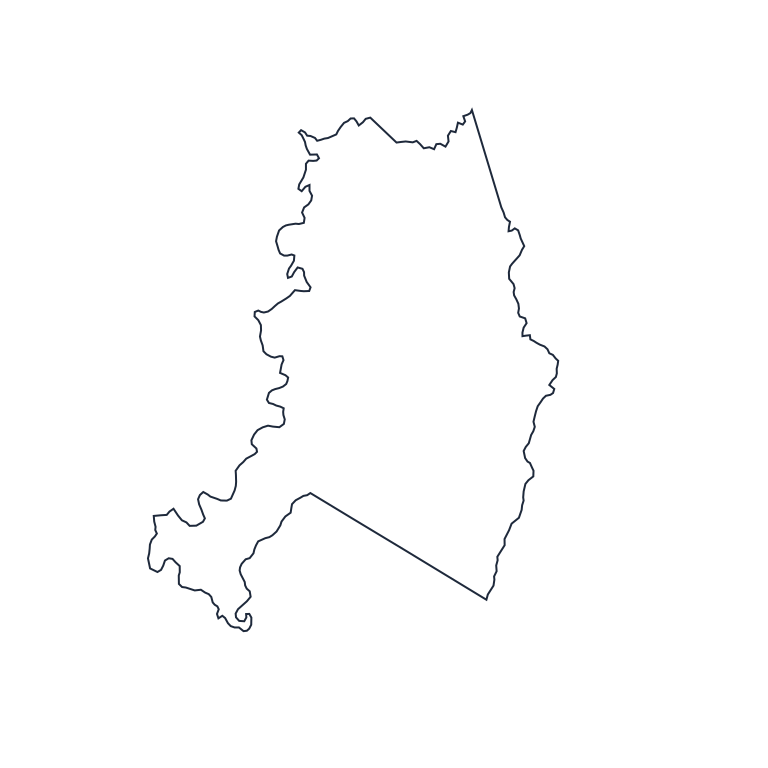 outline of Uirapuru, Goiás, Brazil, rotated 206°
{"feature_id": "56859067B35943950615068", "entity_name": "Uirapuru", "entity_type": "district", "adm_level": 2, "iso_a3": "BRA", "parent_name": "Brazil", "parent_adm1": "Goiás", "projection": "robinson", "projection_center": [-49.926, -14.136], "detail": "fine", "context": "isolated", "style": "outline", "palette": "slate", "viewbox_px": 768, "rotation_deg": 206, "n_neighbors": 0, "source": "geoboundaries", "source_scale": "gbopen_adm2", "svg_char_len": 4736}
<svg xmlns="http://www.w3.org/2000/svg" viewBox="0 0 768 768"><g transform="rotate(206 384 384)"><path d="M410.6,134.3L413.8,138.8L417.7,139.9L420.5,142.1L422.4,145.0L429.4,150.2L432.0,153.1L433.0,156.1L433.1,160.0L431.5,165.8L428.4,168.6L427.1,174.6L428.0,178.5L428.3,182.9L428.1,187.4L423.1,193.4L419.9,196.1L418.0,199.1L415.9,204.3L415.2,211.5L415.8,215.4L414.6,221.7L411.5,227.4L412.9,231.9L414.0,235.7L412.4,240.8L409.2,245.3L407.4,248.1L404.3,250.4L402.4,253.7L350.8,249.0L293.4,243.9L197.4,235.0L198.4,240.3L197.2,250.8L199.0,256.5L200.7,259.3L200.7,265.1L203.6,270.1L204.6,275.4L206.4,278.4L205.8,283.9L204.9,292.0L207.7,297.5L207.5,307.4L208.1,314.4L204.1,322.9L205.1,331.2L206.7,335.6L207.4,340.4L209.2,343.1L211.4,348.7L213.1,356.2L212.0,360.9L209.3,366.4L211.6,371.6L214.5,373.9L218.2,377.0L221.0,377.2L224.7,379.3L229.1,385.0L229.0,389.6L227.9,394.2L229.4,402.7L229.1,407.0L229.7,411.6L233.1,415.6L234.2,420.4L235.4,426.1L236.1,431.4L235.3,436.2L234.7,440.6L233.3,444.4L229.7,447.2L228.1,450.0L228.8,454.2L232.0,454.9L235.0,455.6L234.2,461.4L232.6,465.6L233.3,469.3L235.5,473.4L236.4,477.5L237.6,481.2L240.9,482.2L245.0,484.2L248.9,484.1L252.3,486.9L256.2,488.1L261.2,487.7L265.1,487.9L268.2,488.3L272.0,488.3L274.3,491.8L277.6,489.7L280.5,487.7L282.1,490.9L283.2,495.9L282.5,501.2L285.9,504.9L291.6,504.2L294.6,506.8L295.8,511.0L298.4,515.0L302.3,518.2L305.9,520.7L307.8,523.5L308.6,527.4L311.4,530.6L317.6,533.4L320.7,539.0L322.2,544.9L321.6,548.2L318.5,559.1L318.8,565.1L318.4,569.4L324.9,574.7L327.2,577.3L330.8,580.9L334.7,581.2L336.4,577.9L339.0,575.9L340.5,579.8L341.9,585.1L345.1,585.5L348.3,586.9L351.7,590.6L356.0,594.2L425.1,668.8L425.1,665.4L426.9,662.7L430.1,659.5L426.2,655.6L426.9,651.7L432.1,651.3L430.9,646.2L430.1,641.7L434.8,640.7L435.4,635.2L432.3,630.3L432.8,624.3L438.7,624.6L442.1,622.5L441.9,617.0L447.0,616.7L451.6,613.3L456.7,615.4L461.3,616.8L464.1,613.8L467.3,612.7L470.8,611.5L474.5,609.2L478.6,606.5L513.1,617.4L516.7,614.3L517.7,610.0L520.0,605.3L523.9,608.0L527.4,609.6L530.4,608.0L531.8,604.4L534.4,601.2L535.6,596.0L536.3,591.3L536.3,587.4L542.2,580.5L545.2,578.4L547.7,575.9L550.7,573.3L553.9,574.9L558.8,574.7L561.9,573.5L565.3,575.5L569.8,575.8L570.8,572.6L567.1,571.6L563.7,569.0L561.1,566.9L559.0,564.1L556.4,561.5L551.0,557.7L544.9,560.9L541.4,558.4L542.5,555.3L545.4,553.5L549.7,551.7L550.7,547.7L548.1,542.4L547.0,534.3L547.7,526.3L546.5,521.9L542.5,521.2L541.1,526.8L538.2,530.2L535.6,524.9L531.2,521.7L529.9,517.1L530.7,512.3L533.2,507.7L532.8,502.2L528.2,498.5L526.7,493.7L530.6,490.5L533.8,489.3L536.8,487.2L539.4,485.4L541.7,483.5L543.7,480.8L545.6,476.0L544.8,469.4L543.6,465.0L540.0,461.1L537.5,458.3L534.6,455.8L530.1,455.6L527.1,457.1L523.8,459.9L520.9,460.2L519.0,455.3L519.4,449.5L520.0,446.1L519.2,440.4L516.8,437.3L514.0,440.2L513.8,445.2L512.7,450.9L507.8,451.8L504.9,449.5L503.3,446.4L498.2,441.8L492.4,438.7L492.0,434.8L496.8,432.2L499.7,431.1L505.2,429.3L507.2,421.9L509.3,418.1L512.5,413.0L514.6,410.0L516.3,406.1L517.8,402.2L520.0,398.3L523.3,395.6L526.1,394.9L529.2,394.9L531.7,392.1L530.0,388.0L525.0,386.3L520.5,383.0L518.0,378.3L516.3,372.3L513.8,369.2L510.0,365.5L506.7,360.6L502.7,359.2L497.6,359.0L493.8,359.8L490.1,363.2L487.5,364.3L484.8,361.4L484.6,356.7L482.3,348.4L476.4,348.7L473.0,347.8L472.1,344.3L471.9,341.1L473.7,337.4L476.4,334.4L479.6,331.7L481.9,329.2L483.5,325.6L482.4,318.6L479.1,316.5L475.0,317.4L471.4,317.4L467.3,318.2L463.5,318.2L462.4,314.7L460.8,312.0L457.7,308.7L456.5,304.2L459.1,299.3L465.2,297.0L470.0,295.7L474.0,291.9L477.4,287.1L478.6,281.6L478.5,275.3L476.4,271.9L470.4,270.1L468.4,267.4L469.5,264.3L471.9,260.9L475.1,256.5L476.3,252.1L478.2,247.6L479.3,241.0L477.3,237.5L474.0,231.2L472.5,227.4L471.6,222.8L471.3,213.8L474.1,210.3L479.6,207.8L483.5,207.6L490.7,206.7L493.9,207.4L499.1,207.7L500.8,203.5L500.6,198.9L497.4,194.8L493.1,191.1L489.2,187.3L486.1,184.7L486.3,180.8L490.6,174.4L496.5,171.3L500.9,173.0L505.9,172.9L511.5,175.5L518.5,179.6L520.9,175.3L521.9,171.1L527.0,168.2L533.1,164.5L530.2,159.6L526.7,155.5L525.6,152.5L522.6,150.0L523.1,146.5L524.5,142.4L524.0,137.1L522.4,133.2L520.8,128.8L519.7,123.8L513.4,115.7L505.2,115.7L502.9,119.2L502.8,124.0L503.5,129.3L501.1,133.0L497.4,134.1L493.2,132.4L487.8,130.8L485.0,125.2L484.5,121.9L480.7,114.4L476.5,113.0L472.9,114.2L463.6,115.5L458.4,118.8L453.3,118.1L449.4,118.3L445.9,116.9L442.2,112.6L439.4,111.4L436.3,111.1L433.8,109.1L433.3,104.1L430.1,100.8L427.7,104.8L424.2,104.0L419.4,100.6L415.6,99.2L411.5,99.7L407.7,101.6L401.9,100.3L399.1,102.1L397.9,105.0L397.8,109.4L400.8,115.9L404.3,118.3L407.1,116.8L405.4,113.9L405.6,109.5L410.3,107.6L414.7,109.4L416.7,112.6L416.5,117.6L412.0,128.6L410.6,134.3Z" fill="none" stroke="#1e293b" stroke-width="2"/></g></svg>